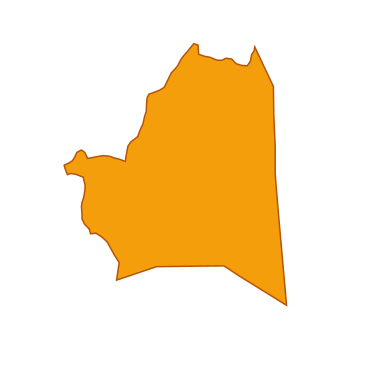 Caiçara do Rio do Vento, Rio Grande do Norte, Brazil (Natural Earth projection), rotated 160°
{"feature_id": "56859067B37257607261932", "entity_name": "Caiçara do Rio do Vento", "entity_type": "district", "adm_level": 2, "iso_a3": "BRA", "parent_name": "Brazil", "parent_adm1": "Rio Grande do Norte", "projection": "natural_earth1", "projection_center": [-36.002, -5.757], "detail": "fine", "context": "isolated", "style": "filled", "palette": "amber", "viewbox_px": 384, "rotation_deg": 160, "n_neighbors": 0, "source": "geoboundaries", "source_scale": "gbopen_adm2", "svg_char_len": 1204}
<svg xmlns="http://www.w3.org/2000/svg" viewBox="0 0 384 384"><g transform="rotate(160 192 192)"><path d="M293.0,135.0L251.0,134.0L206.9,118.6L187.2,111.6L177.4,98.3L144.7,56.7L141.9,53.2L119.2,138.3L110.5,170.3L107.4,181.2L98.3,206.2L88.8,236.4L79.4,263.3L83.4,306.8L85.3,303.5L89.0,300.7L92.4,294.9L97.0,291.7L102.2,294.1L106.7,297.5L109.2,303.4L114.4,306.1L119.0,305.6L123.4,307.3L129.1,312.5L133.7,315.2L138.6,319.1L136.1,328.0L139.5,330.8L145.0,327.6L148.7,325.3L153.7,322.6L157.2,320.3L162.0,315.7L165.4,313.7L170.7,311.0L182.4,299.8L188.1,298.7L199.0,298.7L202.0,295.8L204.7,290.0L207.5,283.2L211.0,278.8L214.7,272.9L219.8,267.8L224.0,262.7L228.3,261.2L232.6,259.9L236.6,256.9L242.1,247.6L244.2,243.5L248.8,247.5L253.8,250.9L257.7,254.1L263.2,256.6L267.8,257.5L278.6,259.2L279.2,265.9L281.6,269.3L286.6,268.6L290.8,264.4L293.9,262.2L297.7,261.4L303.0,260.9L303.3,256.6L303.1,250.9L299.7,250.9L295.2,248.4L289.2,243.2L290.1,235.0L291.8,230.8L293.8,227.1L295.8,223.6L298.6,220.3L301.0,215.9L302.6,209.8L304.6,204.1L303.9,198.3L301.3,192.5L301.6,187.4L296.4,186.2L292.3,180.8L288.8,174.2L288.0,168.9L286.5,159.2L284.5,150.7L293.0,135.0Z" fill="#f59e0b" stroke="#b45309" stroke-width="1.5"/></g></svg>